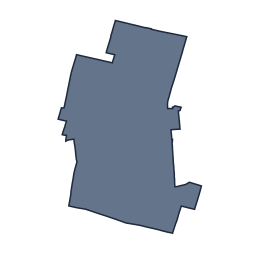 outline of Calarasi, Dolj, Romania, rotated 356°
{"feature_id": "2599482B69375294543440", "entity_name": "Calarasi", "entity_type": "district", "adm_level": 2, "iso_a3": "ROU", "parent_name": "Romania", "parent_adm1": "Dolj", "projection": "robinson", "projection_center": [24.031, 43.789], "detail": "fine", "context": "isolated", "style": "filled", "palette": "slate", "viewbox_px": 256, "rotation_deg": 356, "n_neighbors": 0, "source": "geoboundaries", "source_scale": "gbopen_adm2", "svg_char_len": 3241}
<svg xmlns="http://www.w3.org/2000/svg" viewBox="0 0 256 256"><g transform="rotate(356 128 128)"><path d="M63.5,201.6L71.5,204.0L79.9,206.0L88.1,209.4L92.4,211.2L92.6,211.3L93.4,211.6L101.1,214.7L111.7,219.2L118.9,222.4L119.4,222.6L132.3,225.7L133.7,226.1L139.5,228.0L148.1,230.6L159.7,234.5L164.1,235.7L165.1,236.1L167.5,230.0L167.7,229.5L167.9,229.0L168.1,228.7L168.3,228.1L168.5,227.6L168.6,227.2L168.8,226.8L168.8,226.5L169.0,226.3L169.3,226.0L169.4,225.8L169.5,225.4L169.6,225.2L169.9,224.5L170.3,223.7L170.5,223.2L170.6,222.9L170.8,222.5L170.9,222.0L171.1,221.5L171.3,221.1L171.4,220.6L171.6,220.2L171.7,219.8L171.9,219.3L172.1,218.6L175.0,211.3L175.7,209.6L176.6,209.9L177.6,210.2L178.5,210.5L179.5,210.8L180.4,211.1L181.4,211.4L182.4,211.8L183.4,212.1L185.4,212.7L186.4,213.0L187.5,213.4L188.7,213.8L192.4,204.3L194.8,197.9L195.5,196.0L196.4,193.2L197.2,190.9L185.4,186.4L182.9,187.7L181.3,188.4L179.0,188.8L176.1,189.2L173.9,189.7L171.5,189.9L170.7,189.9L170.7,185.1L170.8,184.3L170.9,182.0L170.8,179.6L171.0,177.2L170.9,172.1L171.0,169.6L170.8,165.6L170.9,163.9L170.9,160.3L170.9,155.4L170.9,153.5L171.0,150.7L171.0,148.2L171.0,147.7L171.0,147.3L171.0,146.8L171.0,146.4L171.0,145.5L171.0,144.8L171.3,144.8L171.6,142.5L170.9,142.6L170.9,138.8L170.8,135.6L170.8,133.5L170.8,132.7L176.0,132.7L177.2,132.7L179.8,132.8L179.7,126.1L179.7,125.3L179.7,124.1L179.6,123.2L179.5,122.5L179.6,121.6L179.5,119.3L179.4,115.6L179.4,114.6L179.5,114.6L180.5,114.3L181.2,114.1L181.8,112.4L182.5,111.0L181.2,110.6L179.7,110.2L178.0,109.7L176.3,109.2L176.2,109.2L176.0,109.4L175.8,109.5L175.7,109.7L175.3,109.9L174.9,110.2L174.6,110.2L174.3,110.3L173.9,110.3L173.9,110.5L174.1,110.8L174.1,111.3L174.1,111.5L173.9,111.8L173.6,111.8L173.4,111.7L173.1,111.6L172.7,111.6L168.9,111.4L169.0,107.9L169.1,106.7L169.5,104.2L172.2,96.7L174.2,90.9L177.2,83.5L179.1,78.5L182.0,70.7L185.8,60.6L186.0,59.9L186.8,58.0L187.4,56.4L188.3,53.7L193.0,41.0L185.3,38.8L175.0,36.0L169.4,34.5L166.3,33.6L161.3,32.1L158.2,31.1L158.3,30.9L158.3,30.7L154.5,29.6L152.9,29.1L152.7,29.1L152.3,29.2L133.8,23.3L125.9,20.8L122.9,19.9L122.9,20.1L120.8,25.5L119.1,30.2L118.3,32.4L117.4,34.6L117.2,36.0L115.8,39.8L114.4,43.4L112.0,49.7L111.5,51.4L111.9,51.5L116.9,53.1L119.9,54.0L119.2,55.9L118.0,58.9L116.9,61.9L102.2,57.4L90.5,53.9L85.2,52.3L81.8,51.2L81.7,51.4L80.6,54.8L79.9,56.4L75.6,67.8L74.5,71.4L72.9,77.2L72.4,79.0L70.5,85.9L69.1,91.2L66.8,99.2L65.9,102.4L65.6,103.4L65.2,103.4L64.3,103.4L63.0,103.2L60.5,110.0L58.9,114.3L60.7,114.9L62.6,115.5L65.6,116.4L67.1,116.8L66.8,117.7L66.0,119.6L65.8,120.1L65.4,121.1L65.3,121.8L64.4,123.8L63.4,126.2L62.8,127.7L61.9,130.0L62.8,130.4L63.7,130.6L65.0,130.9L66.0,131.0L66.1,131.4L65.9,132.1L65.4,134.5L65.2,135.2L65.2,135.5L65.1,135.9L65.0,136.8L65.7,136.5L66.3,136.3L67.0,136.0L67.4,135.9L68.2,135.8L69.8,135.6L71.3,135.5L73.2,135.4L73.3,137.5L73.4,139.7L73.6,141.3L73.8,143.6L74.0,147.9L74.0,149.3L74.1,152.1L74.2,153.2L74.3,154.8L74.2,155.7L74.8,158.0L74.6,158.5L74.3,159.2L74.3,159.4L73.8,160.8L73.0,163.0L72.3,165.0L71.8,166.5L71.5,167.6L71.1,168.7L70.0,173.3L69.5,175.6L68.8,178.2L67.3,184.8L66.7,187.6L66.4,189.9L66.3,190.4L66.2,190.7L66.1,191.1L65.9,192.0L63.5,201.6Z" fill="#64748b" stroke="#1e293b" stroke-width="1.5"/></g></svg>